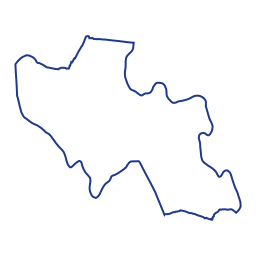 outline of Ben Cau, Tây Ninh, Vietnam
{"feature_id": "81297802B61263365113672", "entity_name": "Ben Cau", "entity_type": "district", "adm_level": 2, "iso_a3": "VNM", "parent_name": "Vietnam", "parent_adm1": "Tây Ninh", "projection": "equal_earth", "projection_center": [106.154, 11.13], "detail": "fine", "context": "isolated", "style": "outline", "palette": "blue", "viewbox_px": 256, "rotation_deg": 0, "n_neighbors": 0, "source": "geoboundaries", "source_scale": "gbopen_adm2", "svg_char_len": 5720}
<svg xmlns="http://www.w3.org/2000/svg" viewBox="0 0 256 256"><path d="M133.7,42.7L132.6,42.7L131.6,42.6L129.9,42.4L128.4,42.3L118.2,41.0L115.1,40.7L110.5,40.2L106.5,39.7L102.3,39.4L101.3,39.3L97.9,39.0L97.5,39.2L93.8,39.0L93.4,38.8L93.2,38.6L92.8,38.1L92.6,37.9L92.2,37.9L91.5,38.3L90.2,38.1L89.7,38.1L89.4,38.2L88.9,36.4L88.6,36.2L86.7,36.2L86.2,36.4L86.0,36.6L85.7,37.3L84.4,40.8L83.8,42.2L82.4,45.5L82.2,45.9L82.0,46.1L81.8,46.2L81.6,46.4L81.3,46.8L79.6,49.8L78.6,51.4L77.1,54.3L75.1,58.3L74.9,58.6L74.7,58.7L74.3,58.3L74.2,58.4L72.2,62.3L71.3,61.9L70.2,65.6L69.7,65.6L69.1,68.1L68.8,68.6L68.1,68.5L67.2,68.5L66.6,68.7L66.2,68.6L65.7,68.1L65.1,67.9L64.6,67.8L64.4,67.8L63.8,67.8L62.5,67.8L61.4,67.8L60.8,67.8L60.2,68.3L59.8,68.3L59.5,68.4L59.1,68.7L58.8,69.1L58.7,69.2L58.5,69.3L58.2,69.3L57.3,69.1L55.9,69.0L55.0,68.9L53.2,68.5L52.1,68.3L49.6,67.8L46.5,67.2L46.3,67.1L44.7,65.9L42.5,64.6L41.2,64.0L40.1,63.4L39.5,63.1L39.1,63.0L37.9,63.0L37.0,62.3L36.6,61.9L35.4,59.6L34.2,58.4L32.9,57.3L32.0,56.8L30.4,56.1L28.9,55.5L27.9,55.4L26.9,55.3L25.7,55.5L24.1,56.3L22.6,57.0L20.8,58.2L18.9,60.0L17.9,61.1L16.8,62.4L15.4,64.3L15.8,72.0L16.6,84.4L17.0,92.9L17.1,95.8L18.1,99.1L19.6,105.8L20.6,109.5L21.2,111.9L22.9,115.3L23.7,116.7L24.6,117.6L26.3,118.7L28.2,120.2L31.9,122.9L33.0,123.5L35.0,124.4L37.5,125.5L40.8,127.7L43.4,129.8L45.5,132.0L46.0,132.4L48.7,133.9L49.7,134.8L51.1,136.3L52.3,138.1L53.7,140.0L54.8,141.4L56.0,143.2L58.4,146.1L59.6,147.4L61.1,148.9L62.6,150.6L63.5,151.8L63.9,152.5L64.6,154.1L65.3,156.2L65.7,157.5L66.7,161.4L67.4,163.5L68.3,165.2L69.2,166.4L69.9,167.2L70.6,167.3L71.3,167.1L72.5,166.2L74.9,163.9L76.3,162.7L77.6,161.8L78.9,161.0L79.4,161.0L79.9,161.1L80.4,161.4L81.1,162.0L81.5,162.7L82.1,165.2L82.6,166.8L83.3,168.6L84.8,171.4L85.7,172.8L87.9,175.2L89.4,177.0L90.0,177.8L90.2,178.5L90.4,180.2L90.4,181.7L90.1,183.4L89.7,186.2L89.6,187.6L89.6,188.9L89.8,190.2L90.1,191.7L91.3,194.6L92.0,195.6L92.7,196.5L94.5,197.5L95.7,197.9L96.4,197.7L97.4,197.0L98.5,196.0L99.4,194.7L102.0,189.2L103.7,186.1L105.0,184.4L106.0,183.4L106.8,182.8L108.3,181.7L109.2,181.0L110.0,179.8L111.0,177.5L111.4,176.5L112.2,175.9L112.9,175.5L114.6,175.0L116.9,173.9L118.5,172.9L120.5,171.5L122.2,170.4L124.5,168.7L125.8,167.5L126.5,166.7L127.3,165.1L128.4,163.7L129.1,162.7L129.7,162.2L130.5,161.7L131.9,161.3L133.4,161.4L138.2,161.2L138.8,161.3L139.2,161.6L139.9,162.6L141.5,165.7L143.3,169.3L144.3,171.2L147.6,177.5L150.7,183.3L155.2,192.0L156.5,195.4L164.5,214.8L164.8,214.4L165.4,214.1L167.3,214.1L167.8,214.1L168.7,214.0L169.8,213.7L171.1,213.2L173.0,212.3L173.5,212.2L174.2,212.2L174.8,212.1L176.0,211.6L177.3,211.6L178.1,211.3L179.3,211.2L179.5,211.1L179.8,210.9L180.2,210.4L180.5,210.3L184.5,211.2L186.7,211.9L189.0,212.9L189.6,213.0L191.4,213.2L191.8,213.2L193.1,213.8L193.5,213.8L194.5,213.9L194.8,214.0L196.0,214.6L198.3,215.5L198.5,215.6L199.9,215.9L200.6,216.2L202.5,216.8L203.3,217.1L204.3,217.9L204.7,218.4L204.9,218.4L205.1,218.3L205.4,218.1L205.9,218.0L206.5,217.8L207.1,218.4L207.4,218.5L207.7,218.5L208.4,218.7L209.3,219.1L210.6,219.2L210.8,219.1L211.1,219.6L211.3,219.7L211.5,219.8L211.8,219.8L212.1,219.8L212.3,219.7L212.4,219.3L212.4,218.8L212.4,218.6L212.4,218.4L212.7,217.9L212.8,217.8L212.7,217.4L212.9,216.9L213.2,216.6L213.4,216.5L213.7,216.5L213.8,216.4L213.9,215.0L214.0,214.8L214.3,214.3L214.7,213.9L215.3,213.3L216.2,212.7L217.2,212.2L218.1,211.6L218.5,211.0L219.2,209.9L219.8,209.4L220.1,209.4L220.4,209.6L220.8,209.8L221.2,209.8L221.9,209.5L222.4,209.3L223.2,209.4L223.6,209.4L225.0,209.3L226.6,209.5L227.5,209.8L230.2,209.3L231.4,209.3L232.6,209.9L234.3,211.1L236.2,212.7L238.2,210.7L239.3,209.2L240.3,207.4L240.6,206.2L240.6,205.5L240.6,204.7L240.4,203.1L240.3,201.6L239.8,200.2L239.4,198.6L238.9,197.4L237.9,194.1L237.0,191.5L235.6,188.7L234.6,186.2L232.5,180.0L231.6,176.9L230.9,174.6L230.3,173.2L229.4,172.0L228.2,171.0L227.3,170.4L226.3,170.4L225.1,170.7L223.6,171.7L223.1,172.4L222.0,174.5L221.5,175.3L221.1,175.9L220.5,176.4L219.8,176.8L219.6,176.8L219.2,176.8L218.8,176.6L218.5,176.4L217.9,175.4L217.2,174.2L216.4,172.5L215.9,171.8L215.1,170.8L213.0,168.9L211.4,167.7L208.1,165.6L205.7,163.8L204.1,162.7L203.0,161.5L202.2,160.1L201.8,158.9L201.3,156.9L201.1,155.4L200.7,151.0L200.5,148.8L200.3,148.1L200.1,143.8L199.9,142.4L199.4,140.5L199.0,139.0L198.8,138.0L198.9,136.9L199.2,135.5L199.5,134.8L200.1,134.1L201.1,133.4L202.3,133.1L203.3,132.9L204.3,133.1L205.4,133.6L206.6,134.6L207.3,135.1L208.0,135.3L208.5,135.3L209.1,135.1L209.5,134.7L210.3,133.8L211.2,132.3L211.8,131.0L212.2,129.4L212.5,127.8L212.6,126.6L212.4,125.3L212.0,124.1L211.4,122.6L209.7,119.2L208.9,116.9L206.4,108.1L206.1,107.2L205.8,106.3L205.9,105.9L205.9,102.0L205.7,101.1L205.4,100.4L204.7,99.3L203.7,98.1L202.0,96.9L200.2,96.1L198.5,95.7L196.4,95.7L195.0,95.9L193.7,96.3L192.0,97.2L190.2,98.2L187.0,99.5L185.6,99.9L183.8,100.4L182.0,100.8L179.5,101.2L177.9,101.6L176.5,102.3L175.2,102.7L174.2,102.9L173.4,102.9L172.0,102.3L170.5,100.9L168.6,98.8L167.8,97.7L167.1,96.4L166.7,95.3L166.6,94.4L166.4,90.7L166.2,89.3L165.0,86.1L164.3,85.0L163.8,84.4L163.1,83.8L162.5,83.5L161.8,83.1L161.5,83.1L159.3,82.8L157.8,82.7L156.6,83.0L155.8,83.5L155.0,84.4L154.2,85.5L153.2,87.0L152.7,88.6L152.1,90.0L151.4,91.2L150.5,92.3L149.2,93.1L147.7,93.4L146.3,93.4L145.2,93.5L143.8,94.2L142.4,95.2L141.8,95.4L140.7,95.3L139.8,94.8L138.2,93.7L136.1,92.0L134.3,90.9L131.9,90.0L130.9,89.4L129.9,88.4L129.1,87.0L127.8,84.4L127.5,83.8L127.1,82.8L126.5,81.1L125.5,78.2L125.0,75.8L124.9,74.3L124.9,72.6L125.0,71.0L125.5,68.1L125.6,66.2L125.7,61.1L125.9,59.0L126.1,58.2L126.6,56.8L127.4,55.6L129.5,53.3L131.0,52.0L132.0,50.8L132.5,50.0L132.9,49.0L133.1,48.3L133.3,46.5L133.7,42.7Z" fill="none" stroke="#1e3a8a" stroke-width="2"/></svg>